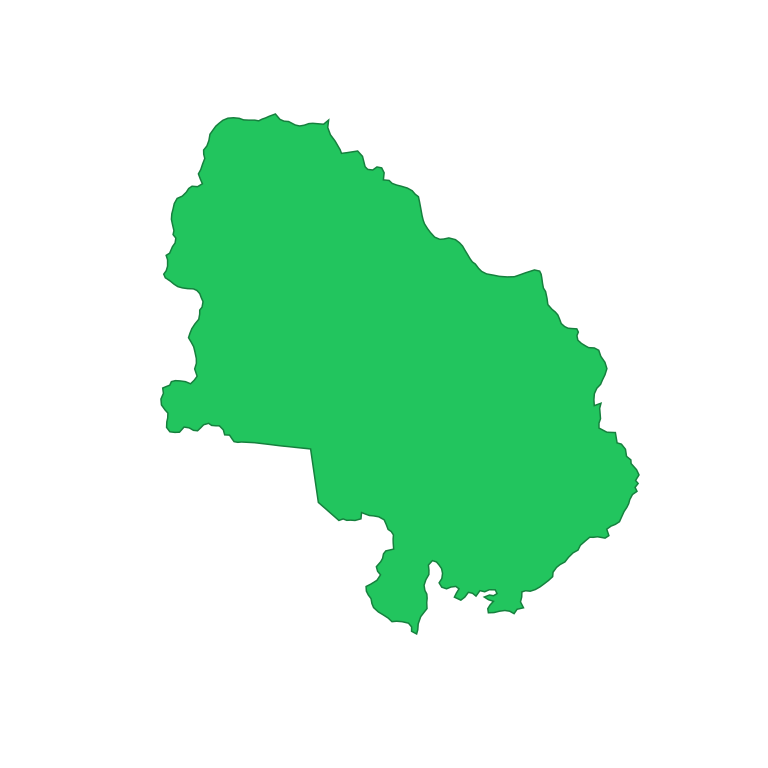 outline of Abelardo Luz, Santa Catarina, Brazil, rotated 29°
{"feature_id": "56859067B19752032380289", "entity_name": "Abelardo Luz", "entity_type": "district", "adm_level": 2, "iso_a3": "BRA", "parent_name": "Brazil", "parent_adm1": "Santa Catarina", "projection": "albers", "projection_center": [-52.247, -26.575], "detail": "fine", "context": "isolated", "style": "filled", "palette": "green", "viewbox_px": 768, "rotation_deg": 29, "n_neighbors": 0, "source": "geoboundaries", "source_scale": "gbopen_adm2", "svg_char_len": 4562}
<svg xmlns="http://www.w3.org/2000/svg" viewBox="0 0 768 768"><g transform="rotate(29 384 384)"><path d="M158.1,200.5L153.8,205.5L151.5,208.6L149.0,211.4L146.8,214.6L143.0,215.9L137.8,218.8L133.1,221.1L128.6,221.8L123.3,224.1L118.6,227.2L115.2,231.5L113.3,236.1L111.9,240.0L111.4,243.9L110.7,249.9L112.8,255.9L113.7,261.6L112.8,266.8L114.9,270.4L117.9,273.6L118.7,279.5L119.8,285.4L119.8,290.2L123.9,293.7L128.1,296.9L125.3,301.8L120.2,304.1L118.4,307.7L118.1,312.1L116.5,317.5L113.1,322.0L113.1,327.9L114.8,333.7L115.9,338.0L118.2,343.0L122.2,347.6L125.9,351.7L127.1,355.6L131.2,357.3L132.9,361.9L132.4,366.4L133.1,373.5L131.1,377.1L134.5,380.3L137.6,385.9L138.6,390.5L138.1,394.7L141.2,397.1L147.1,397.6L152.0,398.5L156.4,398.8L161.0,397.7L166.0,395.8L171.2,393.2L175.0,392.9L179.1,394.3L182.2,397.0L185.8,399.7L187.6,405.0L187.0,408.7L188.9,412.2L190.6,417.2L189.5,423.2L189.1,428.8L189.7,433.7L190.6,438.3L195.3,441.0L199.5,443.7L203.0,447.5L207.5,452.7L209.9,456.9L211.1,462.6L216.8,467.8L216.2,472.7L214.7,477.6L209.2,478.2L204.3,480.1L199.9,482.2L196.9,485.0L197.2,488.9L194.7,491.9L192.4,494.8L195.6,499.1L196.2,505.3L199.5,510.2L205.2,512.9L209.1,514.2L211.3,518.6L212.4,522.4L214.9,527.4L219.9,529.6L224.6,527.7L228.5,525.3L230.0,518.6L234.9,516.8L239.8,516.9L243.6,515.3L244.9,511.2L246.0,507.1L249.7,503.4L253.3,503.8L257.1,502.1L260.3,500.4L265.7,502.0L269.3,505.7L273.7,503.6L277.4,505.5L280.8,507.1L284.4,505.9L287.5,503.8L299.2,498.1L313.1,492.4L323.1,488.4L351.3,476.4L384.0,519.4L410.7,525.2L413.7,521.8L417.5,521.3L420.7,519.3L424.8,517.4L429.2,513.1L426.7,507.3L430.5,506.8L435.0,506.1L438.8,504.4L443.8,502.7L450.0,502.7L454.2,505.9L458.1,509.2L461.8,509.5L465.4,511.4L467.1,515.1L469.2,518.7L472.5,523.7L466.5,529.1L465.9,532.8L467.3,537.2L467.3,541.0L465.9,547.5L469.2,550.9L473.5,552.6L473.0,559.1L469.5,565.4L466.5,569.8L469.0,573.7L472.5,576.1L476.7,578.0L479.9,581.9L483.3,584.6L489.5,586.1L495.1,586.3L501.1,586.7L506.2,588.0L510.0,585.4L515.1,583.1L521.4,581.3L525.9,583.1L528.0,586.9L533.7,586.8L532.7,582.6L530.2,577.2L528.9,569.7L529.7,564.4L530.5,559.6L527.3,554.4L525.6,550.5L523.3,547.0L519.8,544.7L516.6,540.6L515.5,534.8L515.6,528.9L513.6,525.1L510.6,520.8L512.0,515.0L516.2,514.2L519.9,515.6L523.8,517.5L527.0,521.2L528.9,526.1L528.6,531.2L533.0,533.7L538.0,532.8L541.0,529.1L545.0,526.2L548.9,526.8L548.7,531.7L548.9,536.3L556.0,535.8L558.0,531.2L558.8,525.3L562.9,524.1L567.3,524.9L568.1,518.2L572.8,516.9L575.8,512.9L581.1,510.1L584.5,512.5L582.4,516.1L578.6,517.4L575.0,521.7L579.9,522.0L585.1,521.0L583.9,525.8L583.7,530.2L586.2,533.5L591.0,530.6L595.3,526.6L599.5,523.5L604.0,521.8L609.1,521.8L609.6,516.5L614.5,512.1L609.0,508.4L607.7,503.5L605.4,499.0L608.0,496.2L612.4,494.3L616.0,490.4L618.8,485.8L621.0,481.0L623.2,475.9L624.9,470.7L623.1,466.7L623.8,460.8L625.5,456.6L628.5,451.9L629.4,446.1L631.2,440.0L634.2,435.2L633.9,429.9L636.3,423.3L638.2,418.3L641.4,416.6L644.8,414.1L648.6,412.8L652.1,411.6L654.2,407.6L649.2,403.0L651.4,398.3L654.4,394.6L656.7,390.3L656.2,384.2L655.8,379.2L656.2,374.1L656.0,370.0L655.0,365.9L654.9,360.2L657.3,355.2L653.7,352.7L654.5,347.8L650.8,346.4L651.1,339.9L646.4,336.5L638.7,333.8L636.7,330.7L631.2,329.7L626.8,324.0L620.8,321.5L616.4,322.5L609.9,314.3L602.4,318.1L593.4,318.3L591.0,314.0L590.2,309.4L584.4,300.7L583.1,295.6L578.4,301.0L575.2,296.0L572.7,290.5L572.2,284.6L573.6,279.3L573.1,274.7L572.8,268.8L571.5,262.5L566.7,257.9L560.2,254.7L555.5,250.4L550.5,250.5L545.3,253.0L541.3,253.0L537.0,252.8L532.3,251.7L529.3,248.2L528.8,244.4L525.9,242.3L521.9,244.2L517.9,246.0L514.2,246.2L509.7,245.2L505.7,241.8L502.5,239.3L498.9,238.0L494.6,237.2L488.8,235.1L485.0,230.0L480.5,224.8L476.9,222.8L474.0,219.3L470.5,214.6L468.2,211.8L465.4,209.8L460.3,211.3L453.8,218.2L449.7,222.9L446.0,227.0L439.9,230.6L435.8,232.5L432.5,234.0L427.1,235.7L420.3,238.0L414.9,238.2L410.6,237.0L405.7,234.8L402.1,234.4L398.3,232.6L393.9,230.0L389.5,227.5L385.9,225.3L381.7,223.9L376.5,223.1L369.9,224.8L365.9,228.3L362.7,230.4L357.1,231.0L351.2,229.0L346.7,227.0L341.8,224.3L338.9,221.8L335.6,218.2L331.1,212.7L326.8,207.5L323.3,203.5L319.3,202.9L315.0,201.3L309.4,201.3L303.0,202.7L298.5,203.9L293.8,204.6L289.8,203.5L284.5,205.8L281.7,199.2L277.2,196.1L272.6,197.6L270.4,202.3L265.7,204.2L262.1,203.1L254.8,195.3L248.0,193.0L239.5,199.6L235.0,202.9L232.1,200.4L223.4,195.2L216.3,192.0L210.4,186.9L207.6,180.0L205.2,186.1L195.4,190.5L192.0,192.7L188.8,196.3L185.2,199.2L180.9,200.5L173.3,200.7L169.1,202.6L164.7,203.0L158.1,200.5Z" fill="#22c55e" stroke="#15803d" stroke-width="1.5"/></g></svg>